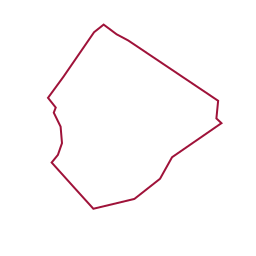 Candler, Georgia, United States of America (Mercator projection), rotated 201°
{"feature_id": "52423323B29086368153286", "entity_name": "Candler", "entity_type": "district", "adm_level": 2, "iso_a3": "USA", "parent_name": "United States of America", "parent_adm1": "Georgia", "projection": "mercator", "projection_center": [-82.052, 32.414], "detail": "fine", "context": "isolated", "style": "outline", "palette": "rose", "viewbox_px": 256, "rotation_deg": 201, "n_neighbors": 0, "source": "geoboundaries", "source_scale": "gbopen_adm2", "svg_char_len": 415}
<svg xmlns="http://www.w3.org/2000/svg" viewBox="0 0 256 256"><g transform="rotate(201 128 128)"><path d="M156.7,53.0L131.4,40.2L96.6,64.1L79.9,92.1L78.7,100.5L76.4,116.5L42.5,166.0L48.9,168.6L53.6,185.7L159.2,209.8L172.2,211.4L187.8,215.8L194.0,205.3L206.7,152.5L213.5,127.5L202.8,121.2L202.8,115.7L191.4,105.1L184.2,90.2L183.8,77.8L186.9,68.4L156.7,53.0Z" fill="none" stroke="#9f1239" stroke-width="2"/></g></svg>